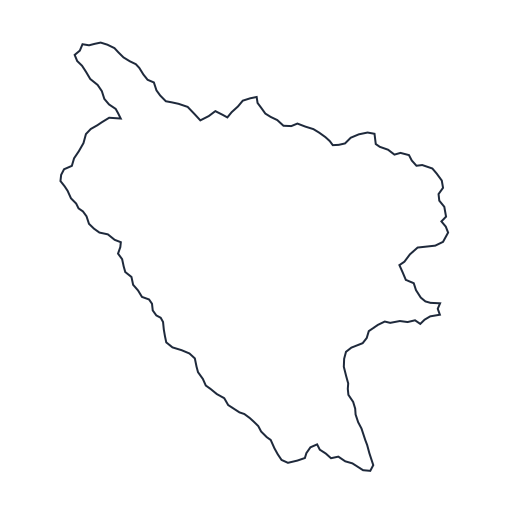 Monteiro Lobato, São Paulo, Brazil (Mercator projection), rotated 88°
{"feature_id": "56859067B72883060414156", "entity_name": "Monteiro Lobato", "entity_type": "district", "adm_level": 2, "iso_a3": "BRA", "parent_name": "Brazil", "parent_adm1": "São Paulo", "projection": "mercator", "projection_center": [-45.807, -22.938], "detail": "fine", "context": "isolated", "style": "outline", "palette": "slate", "viewbox_px": 512, "rotation_deg": 88, "n_neighbors": 0, "source": "geoboundaries", "source_scale": "gbopen_adm2", "svg_char_len": 2625}
<svg xmlns="http://www.w3.org/2000/svg" viewBox="0 0 512 512"><g transform="rotate(88 256 256)"><path d="M136.5,140.2L138.0,149.0L141.1,157.2L146.6,163.1L147.8,169.4L147.9,175.4L143.8,178.2L139.6,182.5L134.9,188.6L131.2,194.2L128.4,202.2L125.1,210.0L127.4,216.2L126.8,224.0L120.9,230.0L117.5,236.5L114.0,241.7L108.0,245.7L103.1,249.1L97.1,249.8L98.2,256.3L100.3,263.8L105.9,268.8L111.4,275.3L116.5,279.8L113.7,284.5L109.8,291.6L114.5,298.3L118.5,306.9L112.1,312.4L104.6,319.1L101.2,328.1L99.5,334.8L98.2,340.7L92.2,346.2L87.0,349.7L79.0,352.0L76.1,358.2L70.7,362.2L63.9,366.1L60.1,369.4L57.0,375.3L52.9,381.5L47.7,386.4L43.3,390.2L39.6,397.2L37.3,403.8L38.3,409.6L39.6,415.5L38.3,422.0L44.6,424.9L48.7,430.2L54.9,427.9L59.8,423.2L66.3,419.3L73.3,415.5L79.5,408.3L85.9,404.3L93.7,402.1L99.4,397.6L104.1,391.1L108.4,388.9L113.9,386.4L112.7,397.9L117.0,405.5L119.8,410.0L123.3,416.7L128.2,421.7L137.2,424.5L145.1,429.4L152.0,434.4L159.5,436.9L162.6,444.8L168.1,447.9L174.3,448.8L179.7,444.8L184.3,442.0L191.9,438.9L197.3,433.9L202.2,431.7L205.4,427.4L210.4,424.0L218.0,421.8L223.0,417.0L227.1,411.7L229.2,403.3L234.9,396.7L237.5,390.6L242.4,391.3L248.8,393.8L254.5,389.9L261.8,388.6L267.5,387.2L272.6,381.2L280.5,379.8L286.3,375.1L292.9,371.4L295.7,364.4L300.1,361.6L306.8,361.1L311.9,357.7L314.4,353.4L318.7,351.2L326.3,350.7L332.9,349.8L339.2,348.7L344.4,342.7L347.5,333.7L351.1,325.9L356.2,320.7L364.5,319.3L370.1,318.0L377.0,313.4L383.7,310.7L387.4,305.9L392.6,300.0L397.0,292.7L404.0,289.0L411.7,278.0L413.5,273.2L417.7,267.9L421.5,264.0L426.0,259.7L431.6,257.0L437.4,251.6L440.4,247.7L448.8,244.3L454.9,241.2L460.7,237.6L463.8,231.3L461.9,221.8L459.6,214.2L454.7,212.5L449.1,208.3L446.4,201.5L451.8,199.0L455.9,193.1L460.7,188.1L459.4,180.7L464.3,174.0L466.6,166.9L473.8,156.5L474.7,149.3L469.1,146.1L457.0,149.6L448.8,151.5L443.8,153.2L432.1,156.6L425.7,159.7L417.9,162.0L412.0,162.2L405.2,164.0L398.0,168.5L392.0,168.9L386.6,168.3L379.1,170.1L369.8,172.1L361.8,171.5L354.9,169.4L350.9,163.9L346.8,152.4L341.8,148.2L335.0,145.9L329.1,136.6L326.0,129.6L327.5,124.2L326.0,114.5L327.3,106.8L325.8,99.3L329.6,94.2L325.5,89.7L322.4,84.0L321.1,74.3L315.1,76.2L309.7,73.7L308.9,83.3L307.3,88.3L303.3,92.8L295.7,97.3L288.7,99.3L285.1,107.1L277.5,110.0L270.1,113.0L266.9,107.9L259.7,102.1L253.2,94.2L251.9,76.5L248.4,68.6L239.3,63.2L233.3,65.3L227.9,69.5L223.3,64.7L213.4,66.1L207.1,70.9L200.5,71.4L194.4,66.7L187.1,67.7L180.0,72.5L174.7,76.7L170.9,86.7L171.4,92.5L166.0,97.0L160.5,99.6L158.0,108.0L159.5,114.1L154.4,120.3L151.2,128.5L148.3,132.4L138.0,133.3L136.5,140.2Z" fill="none" stroke="#1e293b" stroke-width="2"/></g></svg>